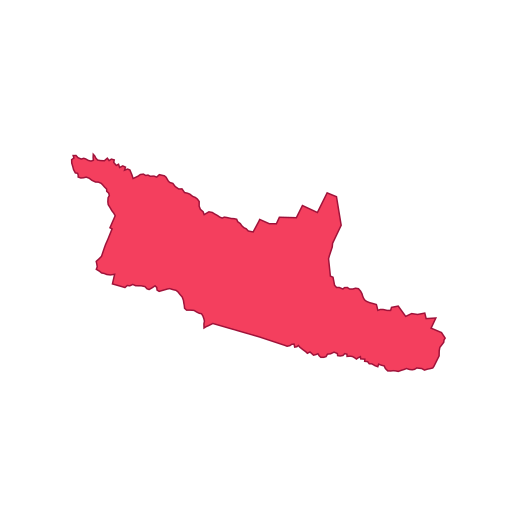 Santa Cruz do Sul, Rio Grande do Sul, Brazil (orthographic projection), rotated 114°
{"feature_id": "56859067B37224130569598", "entity_name": "Santa Cruz do Sul", "entity_type": "district", "adm_level": 2, "iso_a3": "BRA", "parent_name": "Brazil", "parent_adm1": "Rio Grande do Sul", "projection": "orthographic", "projection_center": [-52.406, -29.65], "detail": "fine", "context": "isolated", "style": "filled", "palette": "rose", "viewbox_px": 512, "rotation_deg": 114, "n_neighbors": 0, "source": "geoboundaries", "source_scale": "gbopen_adm2", "svg_char_len": 3721}
<svg xmlns="http://www.w3.org/2000/svg" viewBox="0 0 512 512"><g transform="rotate(114 256 256)"><path d="M342.9,274.2L340.8,272.8L339.2,271.3L337.3,269.7L335.2,268.0L328.5,219.5L325.9,193.2L325.8,190.9L324.1,188.6L322.1,187.4L321.0,185.4L323.5,183.6L322.3,181.8L320.5,180.9L321.5,178.9L322.4,175.4L323.2,171.7L324.0,169.5L321.7,167.7L322.4,165.5L323.2,163.1L321.6,161.1L320.1,159.7L321.4,157.8L322.2,155.6L321.0,152.9L319.4,151.1L316.6,150.8L315.0,148.1L312.1,145.6L312.0,142.0L313.8,140.9L313.1,138.4L311.5,136.1L309.1,135.2L308.7,133.0L310.7,132.0L309.2,129.2L308.6,127.1L308.8,124.7L309.3,122.3L307.5,121.3L305.5,119.7L307.4,118.5L306.0,114.6L308.0,113.9L307.1,111.1L308.4,108.7L307.4,106.3L307.8,102.6L307.6,99.7L304.9,100.0L304.8,97.4L304.3,94.2L306.2,92.0L307.4,88.9L306.2,86.1L305.0,84.1L304.2,81.9L303.6,79.1L301.2,76.6L299.3,74.4L297.6,72.8L297.2,69.5L296.4,67.0L295.0,65.0L292.9,63.6L292.1,61.0L291.4,58.8L291.7,55.7L289.5,53.2L287.9,50.9L286.4,49.0L284.4,48.6L272.8,48.1L268.0,50.1L264.7,50.9L261.1,50.0L258.5,49.4L256.2,50.1L254.1,49.8L250.5,55.4L250.7,66.7L239.5,66.5L244.0,75.1L239.5,78.6L243.7,84.6L245.3,90.4L250.3,94.7L243.9,105.7L247.8,111.3L251.0,110.9L252.4,114.2L253.1,117.9L254.3,120.7L256.1,122.6L253.2,124.8L251.4,126.3L251.8,129.5L252.4,133.2L252.5,136.5L252.0,138.8L250.8,140.6L249.3,142.2L247.4,143.8L245.6,146.1L244.2,149.1L244.9,151.9L246.9,154.3L248.1,157.1L247.6,159.7L248.9,162.3L250.8,163.2L250.9,167.2L252.0,169.6L250.8,172.3L244.1,177.0L244.1,179.9L229.0,188.6L225.8,189.1L216.8,190.0L213.2,191.2L193.3,190.7L169.1,206.6L169.4,216.7L191.3,217.6L191.0,234.1L204.6,234.7L211.1,250.4L218.3,250.5L219.6,253.6L221.1,256.9L221.1,267.5L223.1,267.5L235.2,268.4L236.3,273.2L235.1,276.1L235.1,278.5L234.1,281.4L232.8,283.5L232.1,286.7L230.3,288.6L230.8,291.2L231.8,293.8L232.7,298.3L233.4,300.8L235.1,302.3L235.2,305.0L234.7,307.5L234.4,311.0L234.0,313.6L234.8,317.0L239.3,320.2L237.1,322.3L236.0,325.8L233.6,328.2L229.3,330.1L227.8,332.8L227.2,335.2L227.3,338.1L226.4,341.6L226.5,344.1L227.1,347.1L224.8,350.9L226.2,353.9L225.4,358.1L223.5,361.5L223.9,364.8L223.1,366.8L220.6,370.2L220.0,372.3L221.0,377.4L224.3,378.8L224.5,381.7L226.2,385.1L226.0,387.6L227.3,389.5L227.0,392.2L228.6,394.8L231.0,396.2L232.9,397.8L235.2,399.8L232.1,402.6L228.7,406.2L228.8,408.7L231.1,411.0L227.9,411.4L227.9,414.4L230.6,416.6L228.1,418.9L230.1,420.5L228.4,424.0L225.9,424.6L226.3,427.5L228.6,429.0L227.1,431.6L230.7,433.3L232.1,436.9L232.8,439.7L231.7,442.2L230.2,444.0L229.3,446.0L232.4,444.8L234.7,443.5L236.4,445.3L236.9,448.2L236.6,451.0L236.8,453.1L238.5,455.1L238.6,458.6L237.4,461.3L238.6,463.9L240.5,462.2L243.0,463.6L246.1,462.1L248.9,459.7L251.3,457.8L253.6,454.8L253.0,452.6L254.5,451.3L256.2,450.6L256.0,447.8L254.7,445.4L253.0,443.2L252.8,440.1L253.6,436.7L253.7,432.7L252.6,430.0L252.6,426.9L253.5,424.7L254.6,422.4L255.6,419.7L257.6,418.7L258.5,416.1L260.4,414.6L263.0,414.8L266.7,413.4L269.2,411.9L271.0,409.2L273.2,406.2L274.7,403.4L276.5,401.0L289.6,400.9L289.8,398.5L301.1,398.1L306.6,398.1L310.7,397.8L319.1,397.0L321.0,397.7L322.8,398.4L325.9,399.8L328.2,398.1L330.5,396.6L333.1,396.5L333.6,392.6L334.3,390.2L333.7,387.6L333.6,384.8L332.5,381.3L330.2,377.7L339.9,375.8L338.6,366.6L338.1,362.9L335.3,361.6L334.6,359.2L332.1,357.0L332.1,353.9L331.1,351.5L329.9,348.8L329.1,344.9L330.3,342.2L330.1,340.0L327.2,337.9L324.3,336.1L325.1,333.9L327.4,332.5L327.7,330.1L322.1,323.4L320.9,321.6L320.5,318.3L319.9,315.1L320.5,312.7L321.9,310.1L323.5,306.7L326.1,304.2L328.2,302.9L330.2,301.5L332.8,300.0L333.7,297.4L332.1,293.8L330.9,290.5L331.3,287.4L331.4,284.5L330.9,282.3L332.4,280.1L334.5,278.1L336.5,276.6L339.1,276.0L342.9,274.2Z" fill="#f43f5e" stroke="#9f1239" stroke-width="1.5"/></g></svg>